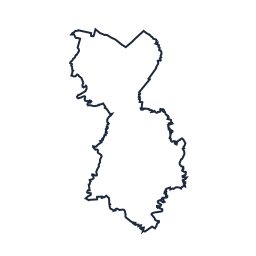 outline of Chinampa de Gorostiza, Veracruz, Mexico, rotated 80°
{"feature_id": "50627088B51202553457733", "entity_name": "Chinampa de Gorostiza", "entity_type": "district", "adm_level": 2, "iso_a3": "MEX", "parent_name": "Mexico", "parent_adm1": "Veracruz", "projection": "robinson", "projection_center": [-97.667, 21.376], "detail": "fine", "context": "isolated", "style": "outline", "palette": "slate", "viewbox_px": 256, "rotation_deg": 80, "n_neighbors": 0, "source": "geoboundaries", "source_scale": "gbopen_adm2", "svg_char_len": 5854}
<svg xmlns="http://www.w3.org/2000/svg" viewBox="0 0 256 256"><g transform="rotate(80 128 128)"><path d="M207.0,154.5L206.0,154.2L206.3,155.1L205.5,153.8L205.5,152.9L207.3,150.5L207.4,147.5L207.8,146.3L208.5,145.8L209.6,145.5L212.6,145.4L214.8,145.9L215.7,145.6L222.6,139.5L222.0,139.2L222.4,138.8L222.7,138.5L223.4,138.8L224.2,138.0L222.6,137.4L222.7,137.1L224.5,137.6L225.0,134.6L226.5,134.9L226.1,132.2L229.0,133.4L230.3,131.9L228.7,131.3L228.8,129.7L232.4,131.4L231.9,130.6L232.9,129.3L229.3,121.4L231.5,118.9L229.5,117.1L227.2,115.9L226.7,115.4L226.4,114.1L225.9,113.7L224.9,113.8L224.5,115.4L223.5,117.0L220.9,117.7L217.2,119.9L216.3,119.2L215.8,117.5L216.0,109.6L215.6,108.7L214.6,108.3L213.9,108.4L212.5,110.7L211.7,110.7L211.5,111.1L211.8,112.5L210.9,113.2L209.8,113.0L209.8,112.4L210.6,111.2L210.4,109.5L209.3,108.7L207.0,111.3L205.7,111.5L205.1,111.0L204.6,108.9L207.1,106.6L207.4,106.0L207.1,104.8L206.0,105.5L204.9,105.5L204.0,106.3L203.8,107.1L203.2,106.9L202.7,105.6L203.0,104.5L203.0,102.8L203.3,102.2L203.0,101.7L202.5,101.9L201.9,101.1L201.4,101.4L201.3,102.4L200.8,102.4L200.8,101.9L200.4,101.8L198.7,101.9L199.0,103.0L198.7,103.5L196.8,102.7L197.0,101.3L195.2,101.5L194.6,100.9L193.9,96.9L195.9,97.0L195.3,94.4L195.8,94.0L195.8,93.3L194.8,91.5L194.9,89.7L196.0,86.8L196.8,86.3L195.8,85.6L194.6,82.9L195.5,81.9L194.6,81.8L192.7,82.8L192.2,82.6L192.7,81.9L192.5,81.2L191.3,81.0L190.7,83.0L189.1,83.2L188.8,83.0L189.6,82.2L188.4,81.6L187.9,80.5L188.1,80.1L186.9,78.9L186.9,79.8L186.1,80.8L185.9,82.6L185.1,82.7L184.7,82.6L184.2,79.7L183.7,79.2L183.1,79.3L181.6,78.6L181.2,79.0L180.8,80.5L179.4,82.1L178.9,81.9L178.5,81.0L177.8,81.2L177.1,80.9L177.2,80.4L175.8,80.3L175.0,82.2L172.9,83.3L171.5,83.3L168.0,81.1L167.7,79.9L163.5,77.0L160.9,76.7L158.1,77.7L157.8,76.3L156.4,76.8L155.5,75.6L153.0,74.1L149.1,75.5L147.6,76.7L148.3,78.5L148.8,78.9L149.1,80.3L150.2,82.0L152.7,83.0L152.0,84.2L150.9,84.6L150.3,83.4L149.7,83.2L148.8,85.2L149.2,87.0L148.5,87.7L147.6,88.1L145.9,87.7L145.2,88.8L143.2,87.6L142.0,87.5L141.3,86.9L140.5,87.4L139.4,87.3L139.9,86.1L139.4,85.8L139.5,84.9L139.2,84.7L138.7,84.7L137.7,85.7L137.3,87.1L136.7,87.4L136.6,88.1L136.3,88.2L135.8,87.1L135.3,87.3L135.2,87.9L133.6,88.2L132.7,87.6L132.0,88.1L131.4,87.1L130.5,87.0L130.5,86.6L131.1,86.1L131.6,86.0L131.7,85.6L131.6,84.6L130.6,84.8L130.9,83.6L129.6,84.3L127.3,84.4L126.0,87.5L124.6,86.3L124.4,86.9L123.8,87.0L122.9,86.5L121.3,88.4L118.6,88.9L118.3,90.2L117.8,90.5L117.9,89.7L116.9,89.3L115.5,90.3L115.4,92.0L114.9,92.6L115.2,93.1L116.4,92.4L116.9,93.4L117.6,93.8L117.4,95.8L117.8,96.1L118.0,97.0L117.2,98.3L115.8,99.0L115.9,100.0L116.4,100.4L116.3,102.1L115.4,101.2L114.8,101.3L113.9,103.3L114.0,103.7L113.3,103.7L112.8,104.4L112.0,107.4L112.0,109.2L111.6,108.9L111.4,109.9L112.1,110.1L111.8,110.6L112.4,110.8L112.3,111.3L111.5,111.0L111.2,111.5L111.5,112.0L110.9,112.1L110.9,111.7L110.0,111.0L105.1,109.4L104.4,112.0L101.7,111.1L101.4,112.1L100.0,111.2L99.3,112.1L98.9,111.8L98.9,111.1L96.9,111.5L96.7,110.3L96.3,110.1L94.8,110.9L83.8,98.1L83.1,99.2L73.9,89.8L73.1,89.8L70.3,87.4L69.5,86.9L67.1,87.1L66.8,86.0L67.3,84.4L67.1,84.0L64.8,84.4L64.3,83.1L63.3,83.4L61.9,83.1L61.3,82.3L58.8,81.9L57.5,82.4L56.9,83.7L56.5,83.8L56.1,83.3L54.5,82.9L54.1,83.5L53.2,83.6L53.1,83.9L52.6,83.8L52.0,83.1L51.6,83.3L50.5,85.0L50.5,84.4L49.3,84.1L49.6,84.9L49.1,85.7L48.7,85.2L47.4,85.0L46.9,84.5L45.6,85.2L44.4,87.7L42.7,88.3L42.3,89.0L39.5,90.9L39.4,91.5L37.1,94.0L35.1,95.7L41.4,105.6L44.0,109.3L48.0,116.2L44.5,120.0L38.8,124.9L35.8,129.2L32.8,132.4L32.3,134.1L32.5,134.6L29.6,139.1L25.2,142.9L30.1,145.2L31.5,146.0L31.6,146.5L30.9,148.3L28.1,147.9L23.1,160.0L23.5,160.4L23.3,162.5L23.6,163.7L24.2,164.2L25.1,166.5L26.1,167.6L26.3,166.8L25.5,166.0L25.4,165.3L30.2,163.8L30.8,161.5L31.7,159.6L40.2,163.7L41.6,162.9L43.5,162.8L44.1,163.2L47.3,166.1L47.2,166.9L49.3,168.1L50.0,169.0L50.1,169.8L51.6,170.9L53.4,173.5L54.2,173.7L55.4,172.1L56.8,173.1L58.0,172.4L60.9,172.8L62.0,172.0L62.6,172.9L64.6,173.5L66.5,174.7L67.9,172.1L67.9,170.9L66.5,168.8L67.0,167.9L68.5,167.2L70.7,165.2L75.1,164.3L75.8,164.2L77.7,165.4L79.5,165.6L80.3,164.8L79.6,163.0L79.0,162.2L79.7,161.7L82.0,161.9L84.0,163.2L84.7,164.4L86.8,170.0L86.8,171.3L88.4,172.8L88.9,172.8L90.0,172.1L90.1,171.6L89.8,168.9L89.2,166.9L89.2,165.2L89.6,164.8L90.6,164.9L92.4,165.8L93.8,165.3L94.7,162.7L94.2,161.0L94.8,159.8L95.5,159.5L96.5,160.6L96.3,162.5L96.6,163.2L97.6,163.9L98.7,163.5L99.0,161.3L100.6,157.5L100.7,154.2L100.4,153.6L100.5,152.9L100.0,152.8L100.0,150.4L99.5,148.2L103.5,146.6L104.2,147.3L105.4,145.8L111.5,143.0L111.3,141.3L112.9,143.0L113.4,144.5L115.9,146.9L118.4,147.4L120.4,146.2L120.8,146.7L120.8,147.5L122.2,148.0L123.3,148.9L123.8,148.7L123.3,148.2L123.5,147.9L124.5,147.9L125.2,148.6L125.0,149.7L125.3,150.1L126.3,149.9L127.5,150.4L128.1,149.7L129.0,149.7L128.8,150.6L129.1,151.1L130.3,151.2L130.8,150.9L131.2,151.2L131.0,152.5L133.1,153.4L134.0,155.2L134.5,155.3L134.5,154.5L135.3,154.6L136.0,157.6L136.5,157.2L136.3,156.5L136.5,156.3L137.3,156.4L139.3,160.7L140.7,162.4L140.9,163.0L139.9,165.6L140.7,165.7L143.7,163.9L143.8,162.2L144.2,161.8L144.8,161.4L146.5,162.0L147.3,161.8L149.8,159.2L151.1,158.8L154.1,160.9L157.0,161.6L159.1,163.2L160.8,163.3L162.7,165.0L165.7,166.9L168.9,166.7L169.3,167.2L169.3,168.0L167.6,170.4L167.5,171.4L168.2,171.6L169.9,170.5L171.5,170.6L172.3,171.8L172.4,174.7L172.6,174.9L174.3,174.1L175.1,174.9L176.9,175.7L176.9,176.5L182.7,176.6L182.4,178.1L182.9,178.7L184.2,179.4L184.7,179.2L185.8,176.0L187.1,176.2L187.6,176.6L188.1,178.7L190.0,181.9L192.2,179.3L192.0,179.1L192.9,170.8L190.4,170.4L191.0,166.0L192.1,166.2L192.4,165.9L191.4,164.7L192.2,163.9L192.1,163.3L190.9,161.2L193.9,158.9L199.8,159.6L200.1,159.3L199.8,158.1L200.6,159.4L201.3,159.7L204.1,159.5L206.4,156.7L206.6,155.7L207.1,156.1L207.0,154.5Z" fill="none" stroke="#1e293b" stroke-width="2"/></g></svg>